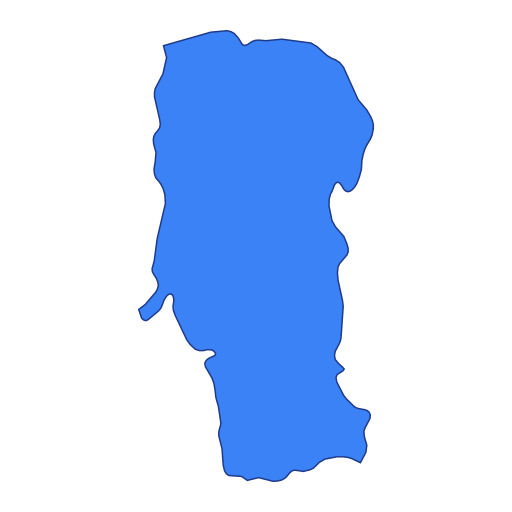 the County of Arges
{"feature_id": "ROU-302", "entity_name": "Arges", "entity_type": "County", "adm_level": 1, "iso_a3": "ROU", "parent_name": "Romania", "parent_adm1": "", "projection": "orthographic", "projection_center": [24.918, 44.995], "detail": "fine", "context": "isolated", "style": "filled", "palette": "blue", "viewbox_px": 512, "rotation_deg": 0, "n_neighbors": 0, "source": "natural_earth", "source_scale": "10m", "svg_char_len": 2516}
<svg xmlns="http://www.w3.org/2000/svg" viewBox="0 0 512 512"><path d="M366.8,110.0L371.0,117.2L372.4,120.7L373.3,124.4L373.3,128.8L372.1,135.0L370.5,138.9L366.4,145.7L364.6,149.7L363.1,154.6L361.9,160.5L361.4,169.1L359.4,176.8L357.1,182.9L355.0,186.6L352.6,189.4L350.3,191.1L347.9,191.7L345.6,191.0L343.8,189.2L340.8,184.3L339.0,182.6L337.3,182.2L335.7,183.3L334.4,185.0L331.9,191.7L330.5,194.0L329.2,199.0L329.0,206.0L332.0,220.7L335.5,226.9L343.8,236.4L346.8,243.6L348.1,248.2L348.2,251.6L347.0,254.9L339.6,263.6L338.0,267.0L337.4,273.0L338.1,280.4L342.5,300.4L343.2,306.3L341.1,336.6L340.5,340.5L339.2,343.8L335.3,351.1L334.5,355.2L335.2,359.5L338.9,363.9L341.8,366.4L344.2,369.0L343.1,370.7L337.2,374.5L336.0,377.6L336.8,382.1L343.6,395.3L346.4,398.9L353.7,406.1L355.9,407.7L358.7,408.6L364.8,409.7L367.3,410.6L369.2,412.3L370.3,415.0L370.0,418.4L365.3,427.4L363.9,431.1L364.3,436.1L365.1,439.5L366.1,442.6L366.8,445.3L365.9,452.3L360.4,462.7L351.8,458.6L347.6,457.3L342.9,456.8L336.9,456.8L324.9,459.1L319.4,462.3L313.5,468.1L309.9,469.8L303.4,471.4L295.1,470.2L292.5,470.6L289.8,472.7L286.4,476.9L284.4,478.5L281.7,480.0L277.6,481.0L273.1,481.3L258.6,477.6L247.3,480.4L241.6,476.4L228.8,475.5L226.3,473.8L224.5,470.6L223.2,465.0L222.0,448.6L218.9,436.2L218.7,433.0L219.2,429.9L220.6,425.1L220.8,422.6L218.3,405.9L216.5,399.9L215.7,396.3L215.3,391.9L214.0,383.6L211.9,377.9L205.5,366.9L204.8,363.5L205.6,361.4L207.1,359.5L209.4,358.0L214.0,355.9L215.3,354.9L215.6,353.5L214.3,351.6L212.2,350.0L207.6,349.6L203.5,350.6L199.3,350.6L195.2,349.2L189.9,344.2L186.9,340.0L175.2,315.4L173.4,310.4L173.0,306.1L173.6,302.6L173.8,299.4L173.2,296.4L171.8,294.3L169.4,294.0L167.2,295.4L164.3,299.5L161.7,306.3L160.6,308.5L158.8,310.7L148.1,319.7L145.8,320.7L143.5,319.9L141.7,318.3L138.7,309.5L145.3,304.4L155.7,292.2L157.4,289.0L158.3,285.8L158.0,282.6L156.3,278.2L154.1,275.0L152.4,271.8L152.1,268.7L154.2,261.0L157.2,238.5L165.4,203.6L164.9,194.9L163.4,189.3L161.4,185.0L159.6,182.3L155.8,177.8L154.5,174.1L154.0,169.3L155.2,161.7L156.0,152.6L153.6,143.6L153.3,139.5L153.9,136.1L155.4,133.3L157.6,130.8L159.6,127.9L160.3,124.5L159.8,120.1L154.5,96.8L154.5,92.6L155.2,88.6L162.9,74.0L166.6,57.6L163.5,45.7L210.7,32.2L227.0,30.7L231.0,31.7L234.4,33.6L238.5,38.3L240.5,41.7L242.3,44.4L244.4,45.5L247.5,44.6L252.1,41.5L255.2,40.4L258.3,40.1L266.0,40.7L282.0,39.2L310.9,43.0L317.1,46.7L326.9,55.4L331.4,58.2L335.5,59.8L339.8,62.7L343.6,67.5L358.1,99.7L366.8,110.0Z" fill="#3b82f6" stroke="#1e3a8a" stroke-width="1.5"/></svg>